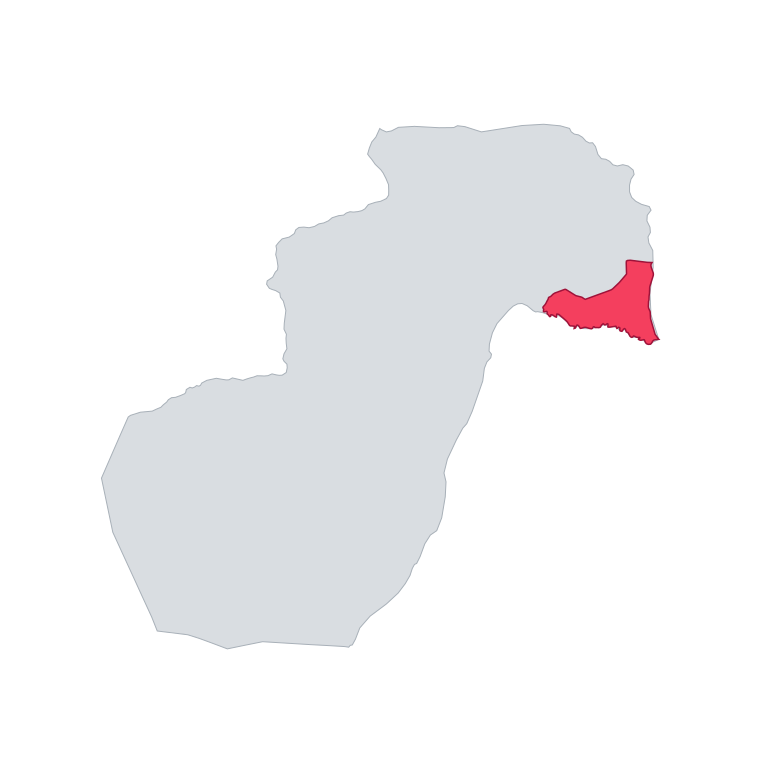 where Ñeembucú sits in Paraguay, rotated 259°
{"feature_id": "PRY-610", "entity_name": "Ñeembucú", "entity_type": "Department", "adm_level": 1, "iso_a3": "PRY", "parent_name": "Paraguay", "parent_adm1": "", "projection": "natural_earth1", "projection_center": [-58.039, -26.618], "detail": "fine", "context": "in_parent", "style": "filled", "palette": "rose", "viewbox_px": 768, "rotation_deg": 259, "n_neighbors": 0, "source": "natural_earth", "source_scale": "10m", "svg_char_len": 5773}
<svg xmlns="http://www.w3.org/2000/svg" viewBox="0 0 768 768"><g transform="rotate(259 384 384)"><path d="M401.6,151.3L402.9,156.5L403.7,160.5L405.7,163.4L407.7,167.2L409.7,169.3L411.1,172.8L410.7,176.8L411.5,182.0L412.5,186.5L413.5,187.7L416.3,188.9L417.8,192.9L416.7,195.0L417.1,197.4L418.2,199.7L417.2,201.9L417.7,203.6L419.7,205.2L421.4,210.8L421.6,220.5L419.6,225.7L418.1,229.9L417.7,232.5L418.9,236.3L416.9,240.8L414.5,246.2L415.1,250.0L415.5,253.6L415.7,257.3L416.3,260.9L415.5,264.7L414.7,268.0L414.3,271.7L415.3,276.0L413.5,280.0L412.5,282.8L412.1,285.7L413.9,290.2L418.4,292.1L422.0,292.5L425.4,290.2L428.0,289.5L432.7,291.6L437.1,295.4L442.6,295.8L447.6,296.5L451.4,297.7L456.9,296.3L462.7,297.7L469.4,299.9L474.9,301.7L480.5,301.3L484.7,301.0L489.0,298.9L493.2,299.1L496.4,295.4L498.2,292.1L499.8,289.7L504.3,287.8L507.5,289.0L510.1,295.1L514.6,298.7L516.4,301.3L519.8,302.4L527.1,302.7L531.7,302.4L536.8,304.3L540.2,304.3L543.1,307.6L545.9,311.7L546.3,319.0L548.8,324.7L552.2,326.8L553.9,330.3L553.3,335.3L551.7,340.2L551.9,345.7L553.6,350.6L553.6,355.6L554.8,360.6L557.1,364.8L557.9,371.7L557.5,376.6L559.0,379.5L559.6,383.5L558.6,386.8L558.2,391.3L558.4,395.3L559.5,398.6L563.1,402.9L564.0,410.4L564.0,415.6L565.6,421.8L568.5,424.6L573.2,425.6L578.8,426.5L585.5,425.1L591.4,423.4L594.8,421.8L601.3,417.3L607.1,414.7L610.1,413.0L612.8,411.8L618.5,414.7L623.9,418.2L628.0,423.2L635.6,428.6L634.1,430.0L631.0,434.4L631.0,439.6L633.2,447.1L631.1,463.0L625.0,487.2L622.4,501.4L623.5,505.4L621.2,512.5L612.9,527.7L612.5,537.9L611.4,568.6L608.5,590.3L603.8,606.3L599.5,614.9L595.8,615.9L593.0,618.5L591.4,622.5L588.3,625.9L583.8,628.6L581.4,631.6L581.0,634.8L576.7,636.9L568.5,637.8L563.7,640.4L562.3,644.6L559.5,648.0L555.5,650.5L553.5,654.6L553.7,660.3L551.4,665.3L546.5,669.4L542.0,669.5L538.0,665.6L532.5,663.0L525.7,661.7L519.9,662.7L515.3,666.0L511.2,671.1L507.6,678.2L503.7,679.3L499.4,674.6L493.9,673.2L487.2,675.0L481.9,674.4L478.0,671.2L471.9,670.9L463.8,673.3L447.2,670.5L422.3,662.4L401.2,659.3L375.4,662.2L373.2,653.7L374.6,649.2L378.8,645.7L381.4,641.8L382.4,637.5L385.3,634.1L390.1,631.9L392.1,629.5L391.4,627.2L392.4,625.1L395.1,623.3L396.6,620.5L397.0,616.6L398.0,614.7L399.9,613.3L400.1,610.6L399.0,602.3L399.2,595.5L400.4,590.2L402.0,587.0L403.2,586.2L404.2,584.3L404.6,581.1L406.3,578.1L414.6,572.0L417.7,568.7L418.0,565.7L419.2,561.6L424.1,552.7L425.7,548.6L425.8,546.6L427.5,544.4L433.5,539.5L436.7,534.9L437.2,530.6L435.8,525.7L432.4,520.2L421.8,506.5L413.6,500.2L403.1,495.1L396.2,493.4L392.8,495.2L389.4,493.8L386.0,489.2L380.2,485.5L368.1,481.5L340.4,465.4L329.3,457.7L325.6,452.9L315.2,444.3L298.2,431.9L285.2,425.9L276.1,426.2L261.6,422.6L241.6,415.1L230.0,407.8L226.9,400.7L219.4,393.6L207.7,386.5L201.6,381.8L201.1,379.5L197.6,376.6L191.1,373.0L184.0,366.8L176.1,358.0L167.7,344.5L158.8,326.1L149.2,313.7L139.0,307.3L133.9,303.1L133.9,301.0L132.4,299.1L133.7,295.5L137.3,281.6L142.4,261.3L147.8,240.4L154.2,215.7L154.1,198.2L153.9,179.7L163.2,164.6L169.7,153.8L175.3,143.5L181.0,126.0L184.8,114.3L199.6,111.5L224.6,105.4L237.1,102.4L263.4,96.0L290.2,89.5L318.3,89.1L345.5,88.7L366.6,103.2L382.7,114.3L400.4,126.6L401.6,129.2L402.8,139.5L401.6,151.3Z" fill="#d9dde1" stroke="#a8b0b8" stroke-width="1"/><path d="M403.8,582.7L404.4,581.9L404.9,580.4L405.5,578.0L406.1,577.3L409.9,575.8L411.9,574.5L418.8,569.0L419.5,567.8L419.6,566.9L416.8,566.0L417.3,564.9L419.3,563.0L419.7,562.5L420.0,561.7L420.0,560.9L418.6,560.4L418.5,559.9L418.6,559.4L419.9,558.8L421.1,558.1L421.9,557.5L422.1,557.6L423.6,557.9L423.9,557.8L424.2,557.6L424.3,557.3L424.3,556.8L424.2,555.6L424.3,555.0L424.4,554.7L424.6,554.4L424.9,554.4L425.2,554.4L426.4,554.9L426.8,555.0L427.2,554.9L428.4,554.6L428.8,554.6L429.2,554.8L429.7,555.3L430.5,556.4L431.3,557.4L432.6,558.6L434.0,559.6L435.6,561.0L436.2,561.4L437.4,562.0L437.6,562.3L437.8,562.8L437.9,563.5L438.1,564.1L438.4,564.8L439.9,567.0L440.7,569.0L442.4,579.4L442.3,580.2L442.0,580.7L434.1,589.2L431.8,594.1L431.1,595.2L429.9,596.3L428.7,597.7L432.9,624.1L433.2,625.3L433.8,626.7L438.7,634.3L445.5,642.9L445.9,643.1L456.7,644.9L458.4,645.4L458.8,646.6L458.5,649.3L453.2,665.6L452.1,670.3L451.1,669.4L450.6,669.0L449.3,668.6L449.1,668.6L447.5,668.6L441.5,669.5L440.0,669.3L439.6,669.2L438.7,668.8L429.1,663.6L428.4,663.3L422.4,661.9L419.8,661.0L417.2,660.4L416.3,660.2L414.5,659.4L411.0,658.6L409.9,658.3L408.0,658.2L404.5,659.0L403.6,659.0L397.1,658.1L381.0,659.6L375.7,662.1L375.4,662.3L375.7,658.8L375.6,657.3L374.8,655.9L373.4,654.8L372.6,653.9L372.2,653.0L372.5,650.9L373.4,649.4L374.7,648.6L377.7,648.0L378.0,647.3L377.9,646.2L377.9,644.9L378.0,644.3L378.2,643.7L378.5,643.2L378.9,642.7L379.4,642.3L379.8,642.6L379.9,643.1L379.9,643.4L380.0,643.6L380.4,643.9L380.9,644.0L381.1,643.7L381.2,642.5L381.3,642.0L381.5,641.4L382.0,640.4L383.1,639.0L383.5,638.0L382.7,637.1L382.5,636.2L383.0,635.3L383.9,634.6L386.6,633.8L387.9,633.3L388.4,632.4L389.0,631.7L390.4,631.6L391.7,631.4L392.5,630.7L392.1,629.5L391.0,628.6L390.3,627.6L391.0,626.0L392.0,625.7L393.1,626.1L394.1,626.2L394.9,625.3L394.7,624.7L394.2,623.9L394.1,623.2L395.1,622.9L395.8,622.9L396.3,622.8L396.5,622.4L396.7,616.9L396.9,615.5L397.2,614.7L397.4,614.6L397.7,614.8L399.6,615.2L400.3,615.2L400.6,614.7L400.4,614.1L400.1,613.5L399.8,612.9L399.8,612.0L400.0,611.8L401.0,611.0L401.4,610.6L401.1,610.2L400.6,609.2L400.2,608.6L398.9,607.6L398.5,607.2L398.3,605.9L398.5,604.9L398.8,603.7L399.0,602.5L399.2,601.9L400.0,601.3L400.2,600.5L398.8,599.1L398.6,598.2L399.0,597.0L401.0,593.2L401.3,592.2L401.4,591.0L401.1,588.7L401.1,587.5L401.6,587.0L402.5,586.8L403.9,586.2L404.9,585.3L404.9,584.4L404.0,583.7L403.1,583.2L402.4,582.5L402.2,581.2L402.8,581.4L403.3,581.7L403.6,582.1L403.8,582.7Z" fill="#f43f5e" stroke="#9f1239" stroke-width="1.5"/></g></svg>